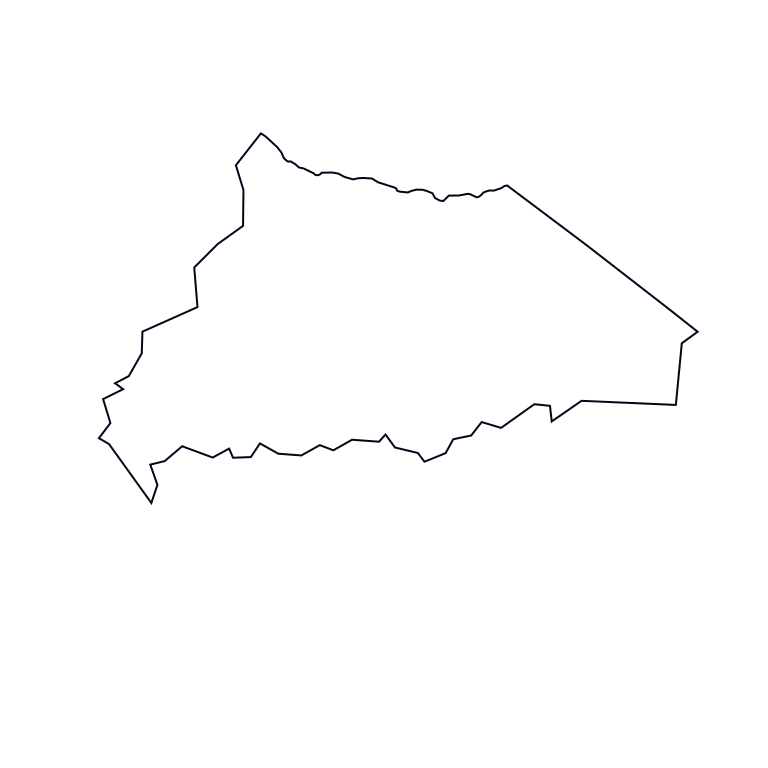 Bell, Kentucky, United States of America, rotated 216°
{"feature_id": "52423323B3564583565128", "entity_name": "Bell", "entity_type": "district", "adm_level": 2, "iso_a3": "USA", "parent_name": "United States of America", "parent_adm1": "Kentucky", "projection": "mercator", "projection_center": [-83.631, 36.769], "detail": "fine", "context": "isolated", "style": "outline", "palette": "ink", "viewbox_px": 768, "rotation_deg": 216, "n_neighbors": 0, "source": "geoboundaries", "source_scale": "gbopen_adm2", "svg_char_len": 1390}
<svg xmlns="http://www.w3.org/2000/svg" viewBox="0 0 768 768"><g transform="rotate(216 384 384)"><path d="M161.0,610.6L197.3,612.1L302.8,615.4L401.1,617.0L403.0,614.8L404.3,611.3L408.8,605.0L412.3,602.7L414.7,599.6L416.2,597.1L416.4,594.3L417.2,591.5L418.7,589.5L426.2,588.1L428.2,586.9L434.1,580.6L442.3,574.5L443.5,567.0L446.6,565.2L452.0,564.4L456.8,566.8L462.9,565.3L466.8,563.9L471.9,560.4L475.4,556.2L477.3,553.0L483.9,549.1L486.2,548.2L487.5,548.3L488.8,549.3L491.1,549.1L507.3,543.7L514.5,543.2L522.0,538.4L526.1,535.0L529.2,531.4L537.7,528.3L544.5,527.4L550.0,524.8L558.7,518.2L558.8,516.4L559.9,514.3L562.2,512.8L564.7,513.1L575.8,511.1L580.1,509.2L584.9,509.7L590.4,509.2L591.9,507.8L593.8,507.4L597.9,507.9L602.9,510.9L609.3,512.8L625.4,514.7L630.9,514.4L632.4,473.9L611.7,458.3L591.0,429.1L600.8,399.5L606.0,366.7L580.1,336.6L610.2,284.4L598.0,266.4L595.1,240.4L602.0,226.5L592.0,226.5L602.4,206.7L582.4,191.6L582.8,172.6L571.2,173.8L502.3,151.0L508.0,169.2L525.7,181.4L516.1,192.7L510.7,215.0L479.4,223.8L471.3,240.7L462.8,235.6L448.8,246.6L449.4,263.0L428.5,265.5L408.9,277.6L400.0,296.8L386.0,300.6L377.1,320.1L354.1,334.4L353.1,344.0L337.8,339.1L316.0,348.1L305.6,344.9L293.5,364.3L295.5,380.0L283.2,393.6L282.6,410.6L263.5,417.3L250.5,456.0L236.9,463.9L226.3,452.3L214.3,486.5L135.6,538.6L167.0,592.0L161.0,610.6Z" fill="none" stroke="#020617" stroke-width="2"/></g></svg>